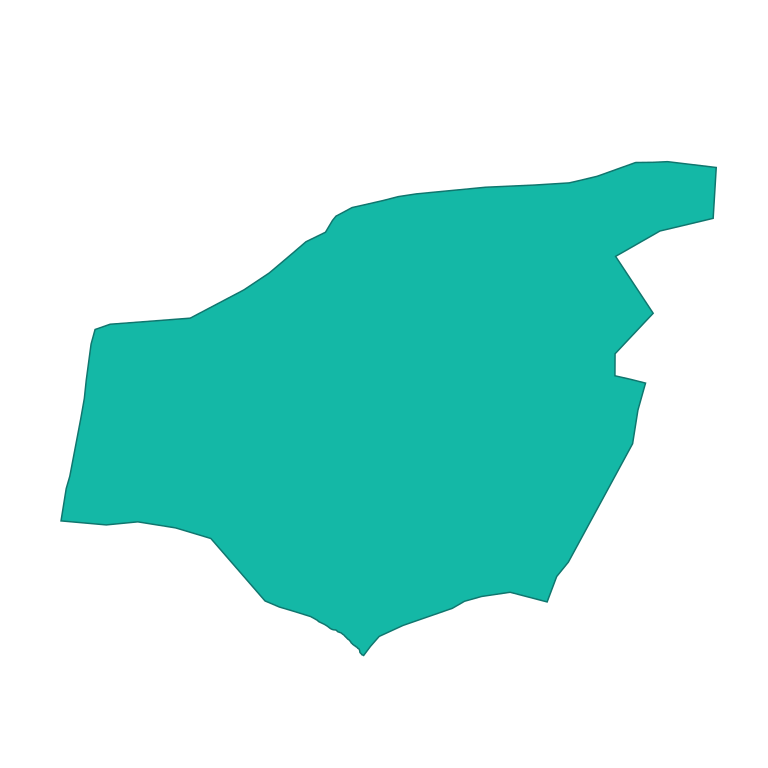 Gudu, Sokoto, Nigeria (Albers equal-area conic projection), rotated 10°
{"feature_id": "59680162B43671986122418", "entity_name": "Gudu", "entity_type": "district", "adm_level": 2, "iso_a3": "NGA", "parent_name": "Nigeria", "parent_adm1": "Sokoto", "projection": "albers", "projection_center": [4.48, 13.464], "detail": "fine", "context": "isolated", "style": "filled", "palette": "teal", "viewbox_px": 768, "rotation_deg": 10, "n_neighbors": 0, "source": "geoboundaries", "source_scale": "gbopen_adm2", "svg_char_len": 1482}
<svg xmlns="http://www.w3.org/2000/svg" viewBox="0 0 768 768"><g transform="rotate(10 384 384)"><path d="M610.7,484.9L639.2,399.6L638.6,365.7L641.4,337.7L626.4,336.6L610.0,335.8L606.3,314.1L636.8,267.6L589.9,218.1L629.2,185.4L679.4,163.7L673.6,113.1L624.6,115.8L610.8,118.9L593.3,122.2L557.7,142.5L537.6,151.2L531.4,153.8L497.4,162.0L449.8,172.6L415.9,182.0L383.0,191.1L365.5,197.0L351.2,203.5L321.9,215.8L307.6,227.0L304.9,231.8L300.0,244.7L282.5,257.4L269.2,273.6L251.7,294.6L229.6,315.7L181.7,352.8L103.9,372.7L90.0,380.5L88.6,395.5L90.1,431.7L91.4,450.3L91.4,471.1L90.6,529.4L89.2,542.1L89.7,574.9L134.9,571.0L165.5,562.5L203.7,561.9L240.3,566.2L304.5,618.3L319.6,621.8L332.8,623.3L352.4,625.8L353.6,626.3L354.7,626.6L356.9,627.4L359.4,628.3L360.8,629.3L367.2,631.1L368.7,631.7L370.4,632.4L371.9,633.2L373.2,633.9L374.4,634.4L375.3,634.6L375.8,634.7L376.4,634.8L377.0,634.8L378.2,634.7L379.0,634.6L380.2,635.0L381.2,635.9L383.3,636.3L385.1,636.6L386.8,637.6L388.0,638.1L389.5,639.3L391.0,640.3L392.6,641.5L394.2,642.2L395.0,642.9L396.0,643.7L396.5,644.5L397.7,645.2L398.4,645.8L399.7,646.4L400.4,646.9L401.3,647.0L402.0,647.6L403.2,648.0L403.6,648.4L404.2,648.9L404.9,649.0L405.5,649.5L406.1,650.3L406.5,651.2L406.8,652.3L407.2,652.8L408.2,653.5L409.5,654.6L410.3,654.6L411.1,654.9L416.2,644.8L423.1,633.4L444.6,618.5L490.3,593.0L501.0,584.0L517.0,576.3L544.3,567.2L582.5,570.3L587.5,543.6L596.5,527.4L610.7,484.9Z" fill="#14b8a6" stroke="#0f766e" stroke-width="1.5"/></g></svg>